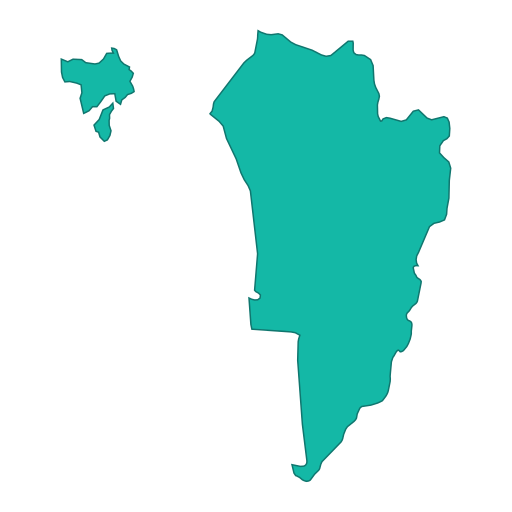 Kedah, Natural Earth projection
{"feature_id": "MYS-1140", "entity_name": "Kedah", "entity_type": "State", "adm_level": 1, "iso_a3": "MYS", "parent_name": "Malaysia", "parent_adm1": "", "projection": "natural_earth1", "projection_center": [100.502, 5.804], "detail": "fine", "context": "isolated", "style": "filled", "palette": "teal", "viewbox_px": 512, "rotation_deg": 0, "n_neighbors": 0, "source": "natural_earth", "source_scale": "10m", "svg_char_len": 3460}
<svg xmlns="http://www.w3.org/2000/svg" viewBox="0 0 512 512"><path d="M258.1,30.7L260.7,32.2L266.7,34.3L271.2,34.7L278.2,33.8L282.2,34.9L290.8,42.1L295.7,44.7L312.1,50.2L321.3,54.9L326.1,56.3L330.9,55.5L348.2,41.2L352.8,41.2L353.2,43.1L353.1,50.1L353.8,52.7L356.1,54.6L358.6,55.0L361.4,55.0L364.4,55.5L370.6,59.6L373.1,65.6L373.9,80.4L374.5,84.0L375.7,87.4L378.9,93.7L379.4,96.3L378.8,99.2L378.0,101.8L377.9,102.1L377.4,104.9L377.6,113.9L378.2,116.5L380.5,121.1L381.7,121.0L383.1,118.9L386.4,117.6L390.0,118.2L401.2,121.4L406.3,119.9L413.3,111.2L418.5,109.9L427.1,118.1L431.6,119.8L443.9,116.7L447.3,118.1L449.1,122.1L449.8,128.5L449.3,136.0L446.9,138.7L443.4,140.6L439.8,145.8L439.5,152.9L443.8,157.6L448.8,162.0L450.7,168.2L449.3,180.4L448.9,198.1L447.0,208.3L446.6,214.2L444.5,219.9L439.6,222.0L434.0,223.3L429.5,226.6L418.5,252.4L416.7,255.9L416.1,259.6L416.6,263.1L418.0,265.7L416.3,265.6L415.2,265.8L414.3,266.1L413.6,266.8L413.2,267.7L414.3,272.9L414.8,273.8L415.9,275.3L416.7,277.1L417.3,277.8L419.7,279.4L420.3,280.0L420.8,280.7L421.2,281.5L421.0,283.3L417.4,301.1L416.9,302.2L416.0,303.4L412.7,306.0L411.3,307.6L409.4,310.7L407.1,313.1L406.6,314.0L406.3,315.4L406.6,317.9L407.2,319.3L407.9,320.1L408.7,320.6L409.6,320.9L410.4,321.4L411.1,322.0L411.6,322.9L411.9,324.2L411.9,325.7L411.3,331.1L411.3,333.7L411.1,334.9L410.2,338.9L408.4,343.5L406.8,346.5L403.4,350.6L401.6,351.6L400.2,351.8L399.0,350.5L398.2,350.1L397.2,350.7L396.0,352.2L394.0,355.8L392.8,357.5L391.4,361.8L390.3,373.8L390.1,376.4L390.3,379.0L390.1,381.6L388.3,390.6L387.7,392.6L386.8,394.5L385.8,396.2L382.4,400.7L380.5,401.7L377.7,403.0L370.9,405.1L361.7,406.5L359.8,408.2L357.2,413.9L356.6,417.4L356.4,418.3L355.5,419.8L354.1,421.3L347.5,426.6L346.7,427.7L345.7,429.2L343.7,434.2L342.6,438.9L342.3,439.6L342.1,440.2L341.1,441.9L322.0,461.6L320.8,464.2L319.6,468.7L319.1,469.6L318.6,470.3L314.6,474.2L310.7,479.5L310.1,480.2L309.2,480.7L308.0,481.1L306.3,481.3L304.3,480.7L302.4,479.8L299.7,477.5L296.7,475.9L295.7,475.6L294.0,473.1L292.0,464.7L300.3,466.4L303.5,466.2L304.4,465.9L305.2,465.4L306.0,464.6L306.7,463.3L306.9,462.0L306.9,460.7L302.4,424.3L297.7,360.3L298.2,341.6L298.7,338.9L299.9,335.2L295.3,332.7L291.0,331.9L251.9,329.2L250.9,324.5L249.0,298.0L251.5,299.2L254.7,300.0L257.7,299.8L260.1,298.0L260.4,294.9L258.4,293.0L255.8,291.6L254.6,290.2L257.6,253.8L250.4,190.9L248.1,185.6L244.2,179.6L241.0,172.9L236.2,158.9L226.5,138.5L223.2,126.1L219.1,121.3L210.3,114.2L210.0,113.7L212.1,111.1L213.1,107.2L213.5,104.0L213.9,102.6L214.2,101.7L243.9,62.9L246.6,60.3L253.0,55.4L254.1,54.1L254.8,52.8L257.5,39.0L257.7,36.5L257.7,35.2L258.1,30.7ZM129.9,81.3L132.7,86.2L133.6,89.0L134.1,91.6L131.4,93.3L127.5,94.6L125.2,97.4L121.8,99.9L120.5,104.3L116.1,101.2L114.8,93.7L109.7,93.9L104.8,95.9L100.6,101.9L96.9,106.7L92.5,106.7L89.1,110.7L85.8,112.4L83.7,113.4L80.1,98.3L81.9,92.8L81.1,84.8L76.7,83.1L69.8,81.5L64.9,81.9L62.6,77.5L61.5,72.0L61.3,59.1L67.8,61.8L73.0,59.2L81.7,59.6L85.8,62.7L95.0,64.0L99.1,63.1L103.5,59.0L106.7,53.4L109.3,53.2L113.4,53.1L112.1,50.5L111.7,48.1L114.2,48.5L116.6,49.8L118.7,56.6L120.7,61.0L123.9,64.1L129.5,67.0L129.1,69.6L131.0,70.9L133.3,73.3L132.2,77.1L129.9,81.3ZM99.2,119.5L103.0,109.9L109.3,107.0L112.8,103.2L113.5,108.5L111.5,111.1L109.5,114.6L109.6,118.3L109.1,120.4L109.2,125.4L111.0,130.8L109.9,135.5L107.4,139.9L104.3,141.3L100.0,137.0L98.6,132.2L96.0,131.3L94.0,125.1L99.2,119.5Z" fill="#14b8a6" stroke="#0f766e" stroke-width="1.5"/></svg>